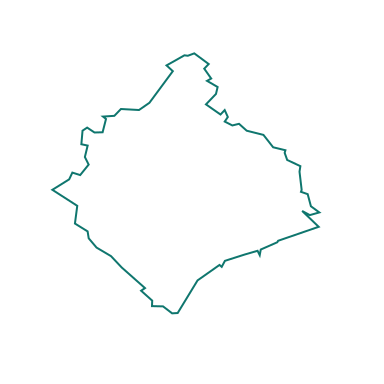 Rutherford, Tennessee, United States of America, rotated 123°
{"feature_id": "52423323B26987147906068", "entity_name": "Rutherford", "entity_type": "district", "adm_level": 2, "iso_a3": "USA", "parent_name": "United States of America", "parent_adm1": "Tennessee", "projection": "albers", "projection_center": [-86.446, 35.86], "detail": "fine", "context": "isolated", "style": "outline", "palette": "teal", "viewbox_px": 384, "rotation_deg": 123, "n_neighbors": 0, "source": "geoboundaries", "source_scale": "gbopen_adm2", "svg_char_len": 1072}
<svg xmlns="http://www.w3.org/2000/svg" viewBox="0 0 384 384"><g transform="rotate(123 192 192)"><path d="M304.6,142.6L301.3,138.1L263.1,139.2L238.2,129.2L238.6,126.3L231.8,126.9L215.8,113.8L205.6,105.0L208.1,100.8L202.8,103.0L187.7,93.1L186.0,93.2L152.2,66.8L147.9,89.3L147.2,80.6L139.8,74.1L139.2,84.5L130.8,93.8L132.5,100.7L130.5,101.2L116.4,112.9L111.3,115.2L113.3,129.6L108.7,135.6L106.1,136.4L110.3,148.3L105.2,163.2L110.8,179.5L109.2,189.7L114.2,194.4L115.1,202.9L109.6,202.8L105.5,209.2L111.5,210.3L110.9,228.0L96.7,225.3L90.0,227.7L90.6,239.9L86.4,237.7L81.9,248.9L75.6,247.7L74.5,265.6L80.0,269.7L81.5,272.8L99.7,282.3L101.1,273.9L140.4,276.3L152.1,281.1L161.1,296.8L170.4,298.6L177.2,307.7L177.6,303.9L190.6,299.5L195.2,306.2L195.1,315.0L200.2,317.2L212.2,310.8L209.9,304.8L221.0,300.9L225.3,293.6L238.7,295.0L240.9,302.9L248.3,301.9L266.2,310.3L266.1,280.7L282.2,273.0L281.9,258.1L287.1,253.4L290.6,241.8L289.9,225.0L293.6,209.8L298.2,179.1L302.5,180.9L304.8,166.2L309.5,163.4L303.7,154.0L304.6,142.6Z" fill="none" stroke="#0f766e" stroke-width="2"/></g></svg>